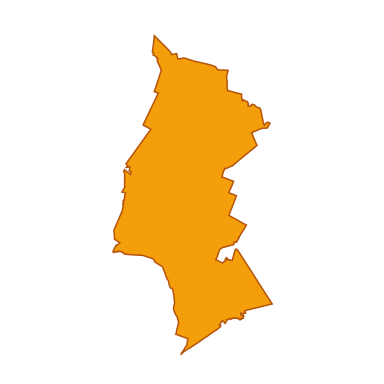 San Nicolás Buenos Aires, Puebla, Mexico (Natural Earth projection), rotated 173°
{"feature_id": "50627088B47100083140695", "entity_name": "San Nicolás Buenos Aires", "entity_type": "district", "adm_level": 2, "iso_a3": "MEX", "parent_name": "Mexico", "parent_adm1": "Puebla", "projection": "natural_earth1", "projection_center": [-97.501, 19.221], "detail": "fine", "context": "isolated", "style": "filled", "palette": "amber", "viewbox_px": 384, "rotation_deg": 173, "n_neighbors": 0, "source": "geoboundaries", "source_scale": "gbopen_adm2", "svg_char_len": 5900}
<svg xmlns="http://www.w3.org/2000/svg" viewBox="0 0 384 384"><g transform="rotate(173 192 192)"><path d="M210.3,351.7L211.3,347.6L211.6,346.9L211.6,346.4L212.0,344.6L213.4,339.0L214.0,337.1L214.2,336.2L214.2,335.7L214.2,335.3L214.0,335.2L213.1,334.6L213.4,334.0L214.0,332.8L212.2,331.6L210.4,330.1L210.8,329.4L209.5,328.5L210.6,326.7L207.6,316.6L216.2,298.3L216.7,297.2L217.2,296.2L213.3,294.3L224.8,276.5L226.1,274.3L230.2,268.0L232.4,264.4L228.8,261.9L225.3,259.4L225.2,259.3L226.9,257.5L229.1,255.1L229.7,254.4L231.2,252.9L231.6,252.4L232.1,251.9L234.2,249.5L235.9,247.8L236.3,247.4L236.3,247.2L243.4,239.6L245.5,237.3L249.4,233.1L250.0,232.5L252.3,230.0L254.1,228.0L252.5,226.3L254.3,224.4L254.1,224.3L251.5,224.5L250.5,224.6L251.8,220.5L249.8,219.4L251.1,217.0L256.2,222.4L256.3,222.2L257.4,220.6L256.5,219.1L256.6,218.7L256.6,218.4L257.8,208.9L258.0,207.8L258.0,207.2L258.0,206.7L258.1,205.9L258.3,205.0L258.1,205.0L258.3,204.7L258.7,204.2L261.5,200.5L258.1,199.3L258.7,197.8L259.3,195.9L259.5,195.4L259.4,195.3L259.6,195.0L259.7,194.7L259.8,194.1L260.1,193.0L260.3,192.1L260.5,191.6L260.8,191.8L261.2,192.0L261.3,191.7L261.4,191.4L261.4,191.1L261.5,190.8L261.4,190.4L261.4,190.1L261.2,189.7L261.4,189.1L261.8,189.4L261.9,189.1L261.5,188.9L262.0,188.1L261.6,187.9L261.8,187.4L262.4,185.7L262.5,185.1L262.8,184.2L264.0,180.4L264.2,180.5L264.3,180.5L272.4,166.6L272.7,166.1L274.2,163.6L274.3,160.2L274.5,156.3L274.6,156.0L274.6,155.4L274.6,155.0L274.6,154.5L271.5,151.9L269.8,150.4L271.5,149.4L272.4,148.6L273.9,148.4L273.8,147.8L275.4,146.3L277.8,142.3L276.7,141.4L275.8,142.0L275.3,141.9L274.9,141.9L274.4,141.9L273.8,141.5L273.0,141.6L272.8,141.8L272.6,142.3L268.4,141.0L268.4,140.3L267.7,139.9L267.1,139.1L266.3,138.7L265.3,138.3L264.4,138.0L263.6,137.9L262.4,137.6L248.6,135.1L238.7,130.5L238.2,129.4L237.7,128.0L237.1,126.8L236.0,125.8L234.1,124.4L230.6,121.6L229.9,119.8L229.6,118.2L229.1,116.3L228.6,114.5L228.4,113.1L227.7,109.6L226.6,107.5L226.2,105.9L225.8,101.6L225.0,99.5L224.5,98.9L223.3,98.7L223.1,97.9L222.6,92.3L222.7,86.6L222.7,84.4L224.5,78.8L224.6,77.7L224.3,76.4L224.0,75.1L223.5,73.1L222.9,71.7L222.0,70.0L221.7,68.4L221.5,65.9L221.1,63.8L221.9,62.3L222.9,59.7L223.9,57.0L224.5,55.2L224.9,53.9L225.4,52.8L213.7,46.8L214.5,45.4L215.2,43.1L215.5,41.7L215.8,40.7L216.3,40.1L217.2,39.1L218.4,37.6L219.5,36.3L220.1,35.5L221.3,34.2L222.6,32.6L222.5,32.3L220.6,33.8L218.6,35.0L216.3,36.2L214.1,37.1L212.9,37.6L212.5,37.7L200.5,43.9L196.4,46.1L194.4,46.9L191.6,48.6L189.3,49.7L185.1,51.9L181.3,54.0L181.2,54.1L180.0,55.0L179.8,56.0L181.1,56.7L177.6,60.7L177.2,60.4L175.9,58.5L175.2,57.5L173.3,59.9L173.6,60.7L171.5,60.9L169.6,62.0L169.0,60.9L166.9,61.8L166.8,61.5L164.4,61.9L164.2,61.4L163.6,61.2L161.5,61.3L161.4,60.4L160.0,59.2L158.5,59.7L159.0,60.3L158.6,60.5L156.6,60.5L156.6,61.6L156.2,61.7L155.9,61.9L155.8,63.1L158.3,63.5L158.3,65.8L157.4,65.5L156.9,64.9L155.8,64.9L155.3,65.5L153.7,65.1L153.9,67.8L152.6,67.9L151.3,68.1L131.4,70.5L126.0,71.1L131.2,81.7L145.0,110.6L148.7,118.2L153.0,127.3L153.4,127.9L154.2,129.3L154.6,129.7L154.8,129.9L155.2,129.9L155.3,129.9L155.6,129.8L155.7,129.7L156.0,129.5L156.3,129.3L156.6,128.4L159.0,122.7L159.6,121.1L160.0,120.1L160.4,119.2L160.5,119.3L162.8,120.0L163.0,119.8L163.5,119.9L164.8,121.5L165.4,121.9L165.9,122.6L166.7,121.6L167.1,121.3L165.7,120.4L168.2,119.4L168.3,119.2L169.2,118.4L170.2,117.8L170.8,118.2L172.8,119.3L173.0,119.3L173.8,120.1L174.7,120.8L176.7,121.9L175.5,123.6L173.6,127.1L172.9,128.6L171.9,130.9L170.4,132.3L169.6,132.5L169.2,132.8L168.1,133.1L167.8,133.5L167.4,133.3L166.1,133.4L164.4,133.7L161.4,134.1L159.8,134.4L158.2,134.5L157.1,134.7L156.8,135.2L156.5,135.9L156.5,136.3L156.6,136.6L156.7,136.9L156.3,137.0L155.4,137.1L154.4,137.0L153.9,136.7L153.7,137.1L152.9,138.3L152.7,138.5L151.4,140.2L150.8,140.8L151.1,141.1L142.0,152.5L144.9,154.5L151.7,159.6L154.9,161.9L158.3,164.4L152.1,175.7L148.3,182.9L152.0,184.9L154.0,185.9L155.5,186.9L154.0,189.6L152.8,191.5L151.3,194.0L149.5,197.5L156.3,201.2L160.4,203.4L159.9,204.7L158.3,208.2L157.4,210.0L156.7,211.5L156.0,211.0L148.0,213.3L147.9,213.7L143.7,216.4L131.1,224.4L128.8,225.9L125.7,227.8L123.2,229.3L121.9,230.2L122.3,231.8L125.6,243.6L114.8,246.7L112.0,246.5L109.6,246.3L107.6,248.8L106.2,250.7L107.0,251.3L108.1,252.1L109.8,251.5L110.7,251.0L110.8,250.6L111.0,250.6L111.1,250.4L111.2,250.2L111.4,250.0L111.5,249.9L111.6,249.7L111.8,249.6L112.0,249.6L112.1,249.8L112.3,250.0L112.4,250.3L112.6,250.6L113.2,257.6L113.4,257.8L113.3,258.3L113.5,259.1L113.3,259.4L113.6,263.3L113.7,263.7L113.6,264.4L113.6,264.8L113.6,265.0L113.8,265.2L114.0,265.6L114.1,265.9L114.5,266.9L114.6,267.1L114.8,267.2L115.5,267.4L116.5,268.1L117.4,268.3L118.6,269.5L118.9,269.9L119.1,270.7L120.1,271.1L120.8,271.1L121.2,271.7L122.4,271.3L122.9,270.9L123.3,270.4L123.5,270.2L124.2,270.3L124.9,270.2L125.4,270.1L125.8,270.4L126.0,270.8L125.6,271.4L125.4,272.7L125.5,273.4L125.7,273.9L125.7,274.4L126.2,275.1L128.5,276.0L128.7,276.7L129.5,277.1L130.1,277.2L130.3,276.7L130.6,276.4L130.8,276.1L130.8,275.8L130.8,275.7L131.2,279.7L131.0,282.7L130.9,283.2L137.8,285.7L143.5,288.2L144.5,288.2L144.3,289.7L144.4,290.2L144.3,291.9L143.7,297.0L143.6,297.4L143.5,298.1L143.7,298.4L143.8,298.8L143.7,300.3L143.6,300.8L143.7,301.0L143.7,301.3L143.6,301.8L143.5,303.0L143.4,303.4L143.3,303.8L143.0,304.3L142.9,304.5L142.6,305.2L142.3,305.6L141.9,306.8L141.9,307.3L141.8,307.5L141.3,308.3L141.6,308.5L143.1,308.7L145.9,309.2L151.2,310.0L151.3,310.1L151.5,310.2L153.0,312.5L153.1,313.2L153.3,313.5L158.4,316.0L159.5,316.4L161.1,317.0L166.4,318.9L172.8,321.2L174.1,321.7L176.6,322.9L179.0,324.0L183.5,326.0L189.8,325.7L190.1,328.3L190.2,329.3L190.2,329.7L190.3,330.7L190.4,331.2L195.8,331.0L196.0,332.8L197.2,334.9L198.5,336.6L203.5,343.0L205.1,345.1L205.7,345.8L206.2,346.5L206.8,347.2L208.4,349.3L209.3,350.4L209.8,351.0L210.3,351.7Z" fill="#f59e0b" stroke="#b45309" stroke-width="1.5"/></g></svg>